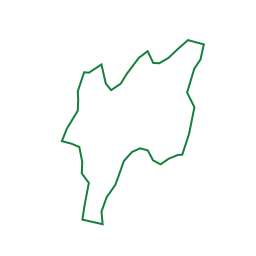 the district of Essunga, Västra Götaland, Sweden, rotated 285°
{"feature_id": "70781695B52360167495619", "entity_name": "Essunga", "entity_type": "district", "adm_level": 2, "iso_a3": "SWE", "parent_name": "Sweden", "parent_adm1": "Västra Götaland", "projection": "natural_earth1", "projection_center": [12.777, 58.206], "detail": "fine", "context": "isolated", "style": "outline", "palette": "green", "viewbox_px": 256, "rotation_deg": 285, "n_neighbors": 0, "source": "geoboundaries", "source_scale": "gbopen_adm2", "svg_char_len": 703}
<svg xmlns="http://www.w3.org/2000/svg" viewBox="0 0 256 256"><g transform="rotate(285 128 128)"><path d="M116.2,187.3L137.9,188.5L165.2,186.8L177.6,175.9L202.4,176.7L213.0,180.3L228.4,179.6L228.4,163.2L217.2,155.7L206.1,148.9L198.6,141.4L197.4,135.5L207.3,127.1L198.6,120.3L180.0,112.8L168.8,109.4L160.2,101.9L165.1,95.1L182.5,85.9L171.3,75.9L170.5,71.2L150.3,70.0L142.8,72.5L131.7,75.0L111.9,69.2L98.2,67.5L98.2,77.5L97.0,85.9L83.4,92.6L72.2,95.1L64.8,104.4L41.2,106.1L27.7,107.7L28.5,128.4L40.4,124.0L55.6,125.3L69.9,130.5L81.5,131.5L95.2,132.6L105.9,138.1L111.5,145.0L111.5,152.9L103.3,160.5L101.3,168.8L108.9,175.3L115.0,183.3L116.2,187.3Z" fill="none" stroke="#15803d" stroke-width="2"/></g></svg>